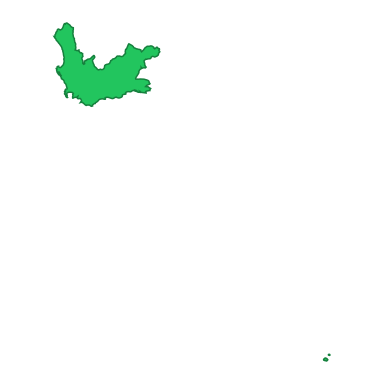 an SVG outline of Western Cape
{"feature_id": "ZAF-1189", "entity_name": "Western Cape", "entity_type": "Province", "adm_level": 1, "iso_a3": "ZAF", "parent_name": "South Africa", "parent_adm1": "", "projection": "orthographic", "projection_center": [20.981, -38.718], "detail": "fine", "context": "isolated", "style": "filled", "palette": "green", "viewbox_px": 384, "rotation_deg": 0, "n_neighbors": 0, "source": "natural_earth", "source_scale": "10m", "svg_char_len": 5404}
<svg xmlns="http://www.w3.org/2000/svg" viewBox="0 0 384 384"><path d="M149.9,90.6L149.1,90.6L146.5,91.1L145.8,91.5L145.6,91.7L145.4,92.2L145.5,92.5L145.8,92.8L146.2,92.9L146.2,93.0L140.6,92.3L140.4,91.5L139.9,91.5L139.6,91.3L139.7,91.6L140.1,91.9L140.2,92.1L140.1,92.4L139.4,92.2L138.6,92.3L137.3,91.9L136.4,91.3L136.3,90.7L136.6,90.7L136.4,90.5L135.3,90.2L135.7,90.8L136.2,91.2L135.9,91.3L135.5,91.2L133.7,90.5L133.0,90.5L132.4,90.7L131.6,91.3L130.9,91.7L130.2,91.8L128.0,91.6L126.6,92.0L126.0,92.3L125.6,92.8L125.4,93.2L125.4,93.5L125.9,93.9L125.7,94.1L123.3,94.5L122.7,94.8L122.3,95.2L122.3,96.2L121.9,96.9L120.8,97.5L119.5,97.9L118.8,98.0L117.1,97.6L116.2,97.1L114.6,97.6L114.2,98.0L113.1,98.5L112.4,98.6L111.8,98.5L108.5,97.4L106.9,97.2L106.2,97.3L105.5,97.6L104.5,98.1L104.9,98.1L105.3,98.4L105.5,98.8L105.3,99.2L105.0,99.3L102.2,98.8L100.0,99.2L99.3,99.5L98.8,99.9L97.6,101.4L97.1,101.6L96.7,102.1L96.1,102.3L95.5,102.8L95.2,103.5L94.6,103.5L94.0,103.8L92.8,104.7L92.4,105.3L92.6,105.9L91.7,106.3L90.9,106.1L89.4,105.0L86.9,105.1L86.6,105.1L86.4,105.4L86.0,105.4L85.7,105.1L84.9,104.6L83.7,103.4L82.9,102.9L82.1,102.2L81.7,102.2L81.3,102.3L81.0,102.5L80.7,102.4L80.4,102.5L81.4,101.0L81.5,100.8L81.4,100.3L80.8,99.1L80.3,98.5L79.0,98.7L78.0,98.7L77.5,98.4L77.0,97.6L77.4,97.5L77.8,96.3L77.5,96.5L77.0,97.3L75.6,97.3L73.6,97.7L73.0,98.2L72.7,98.1L72.6,97.8L72.7,97.4L72.6,96.6L73.0,95.7L72.7,94.3L73.3,93.7L72.6,92.7L72.3,92.5L71.4,92.3L69.9,92.2L68.4,92.3L67.2,93.0L66.7,93.6L66.6,94.0L66.9,94.5L67.2,95.3L67.1,96.9L67.2,97.3L67.4,97.5L67.1,97.6L66.7,97.4L66.1,96.8L65.7,96.0L65.6,95.8L65.7,95.3L65.5,95.1L65.3,94.6L65.2,94.4L64.7,94.2L64.5,93.8L64.6,93.5L65.0,93.2L65.0,92.4L65.2,92.0L64.8,92.2L64.5,91.8L64.5,91.6L65.1,90.6L65.4,89.5L65.9,89.1L67.0,89.0L67.2,88.3L67.1,87.9L66.8,87.4L66.2,85.1L65.7,83.9L64.4,82.7L64.2,81.3L63.7,80.3L63.2,79.8L61.4,78.7L61.6,78.3L61.5,78.0L60.2,75.7L59.5,75.0L58.8,74.8L58.2,73.9L58.9,73.6L59.0,73.6L59.4,74.2L59.6,74.4L59.5,74.6L60.6,75.7L60.8,75.8L61.1,75.6L60.5,74.9L60.4,74.4L60.1,74.4L59.6,73.8L59.6,72.8L59.3,72.1L58.9,72.0L57.9,72.0L58.2,72.4L57.5,72.8L57.3,72.6L56.9,71.6L57.0,71.3L56.6,70.2L56.6,69.9L56.9,69.4L56.2,68.6L56.3,68.4L56.5,68.4L57.1,68.0L57.2,66.7L58.2,66.2L58.4,66.2L58.3,66.4L58.5,66.6L59.4,67.4L60.1,67.6L60.7,67.5L63.1,65.0L63.5,64.2L64.1,61.9L64.1,61.2L64.0,59.8L63.7,59.1L63.8,58.8L64.1,58.3L64.2,57.5L63.5,55.0L63.3,52.9L62.9,51.7L62.8,50.4L62.1,49.2L62.1,48.7L61.7,47.4L61.4,46.7L59.3,43.7L58.5,42.9L58.2,42.2L57.4,41.5L56.7,40.5L56.2,40.1L55.8,38.8L54.9,38.0L54.1,36.6L54.9,36.8L55.0,34.8L55.8,33.6L56.0,32.3L57.0,31.3L57.3,29.9L58.1,29.1L58.7,29.1L60.3,30.0L61.8,29.2L62.6,28.0L63.2,26.7L63.6,25.2L64.4,23.7L65.3,24.1L65.5,23.6L66.0,23.2L66.9,23.0L69.8,25.0L70.9,26.5L71.7,27.2L73.3,27.7L73.3,30.0L72.8,30.8L73.2,31.9L72.8,33.2L73.4,36.8L73.8,37.8L74.4,38.6L74.3,39.5L74.7,41.3L74.7,42.0L74.8,42.5L75.3,42.9L75.7,44.1L75.5,45.7L75.8,47.3L75.8,48.2L75.4,48.9L75.2,50.1L76.3,50.2L77.0,50.7L77.4,50.5L77.8,50.6L78.2,50.5L79.0,49.9L79.1,50.0L78.8,51.2L78.9,51.4L79.5,51.7L80.1,52.7L80.6,52.8L80.9,53.0L81.5,52.8L82.1,53.5L82.6,53.6L82.6,55.1L82.9,56.5L82.1,57.4L81.8,58.0L82.1,59.5L82.9,61.0L82.7,63.3L83.7,64.3L84.6,63.8L84.7,63.7L84.3,62.9L84.4,62.3L84.9,60.8L85.2,60.5L85.6,60.7L86.4,60.4L86.8,59.8L88.0,59.1L89.1,59.1L90.0,58.8L91.5,57.6L92.0,56.9L92.5,56.6L93.5,55.6L93.9,55.5L94.2,55.7L94.7,56.6L94.7,57.4L93.5,59.0L92.6,59.8L92.5,60.7L92.8,62.0L93.3,63.4L94.1,65.1L94.3,66.1L94.7,66.6L95.8,67.4L96.8,68.5L97.1,69.1L97.5,69.2L98.2,69.9L99.3,69.7L100.2,69.2L100.6,69.3L101.2,69.6L102.8,69.5L104.1,68.4L104.4,67.4L104.7,65.6L105.4,64.9L106.6,64.4L108.2,64.1L109.5,63.5L110.4,61.7L110.7,60.7L111.7,60.2L112.6,59.1L114.5,58.6L116.2,57.4L116.6,56.5L117.4,56.1L118.0,56.0L118.6,56.2L119.3,56.0L121.5,56.6L122.5,56.4L123.5,55.7L123.9,55.0L124.9,53.9L125.3,53.8L125.6,53.1L125.2,52.0L125.5,49.9L125.7,49.3L126.4,49.2L128.4,44.4L128.9,43.8L131.9,45.4L132.5,45.9L133.3,46.7L134.0,47.8L135.5,48.3L136.5,48.9L137.6,49.0L138.3,49.3L139.5,49.4L140.9,50.0L141.0,50.9L141.6,51.8L143.7,49.8L144.1,49.1L145.3,47.5L146.4,47.0L147.1,46.3L149.2,46.3L150.3,46.0L150.9,45.9L152.0,46.1L153.4,47.0L153.8,47.3L154.0,47.7L153.9,48.1L154.7,48.8L155.8,48.1L156.3,47.4L156.9,47.2L157.3,47.3L158.0,48.3L159.3,48.7L159.5,49.2L159.3,49.4L159.2,49.8L159.0,50.0L158.9,50.6L159.3,50.9L159.7,51.4L159.8,51.8L159.4,52.4L158.8,52.8L158.6,53.1L158.6,53.7L158.4,53.9L158.4,54.6L158.2,55.1L157.6,55.5L157.2,56.0L154.8,57.0L152.7,56.3L152.1,56.5L151.3,57.1L150.7,58.4L150.1,58.7L147.6,58.9L146.8,59.3L145.6,59.2L145.0,59.9L144.2,60.5L144.1,62.0L144.5,62.7L144.7,63.6L144.8,64.3L144.7,65.2L145.2,65.8L145.5,66.5L146.1,67.1L145.4,67.9L144.4,67.8L143.3,67.8L142.0,68.3L141.2,67.3L141.3,68.5L141.0,68.9L140.1,69.3L139.3,70.4L139.2,70.9L138.7,71.7L138.9,72.5L138.6,73.3L135.8,77.7L135.6,78.4L135.8,79.1L138.3,79.2L140.4,79.0L144.1,79.2L146.9,80.0L148.1,80.5L148.9,81.2L149.2,82.6L150.0,83.7L149.7,84.1L146.8,85.3L145.6,86.6L147.1,86.8L147.5,86.7L147.9,86.8L148.5,87.0L148.8,87.5L150.7,88.5L149.9,89.7L149.9,90.6ZM325.1,358.0L325.5,358.0L325.9,358.1L327.0,358.7L327.5,359.5L327.8,359.8L327.5,360.2L327.2,360.6L326.7,360.9L326.3,361.0L326.0,360.8L324.5,360.5L323.8,360.2L323.6,359.8L323.7,359.2L325.1,358.0ZM328.4,354.9L328.5,354.5L329.0,354.3L329.6,354.4L329.9,354.8L329.8,355.3L329.3,355.4L328.7,355.2L328.4,354.9Z" fill="#22c55e" stroke="#15803d" stroke-width="1.5"/></svg>